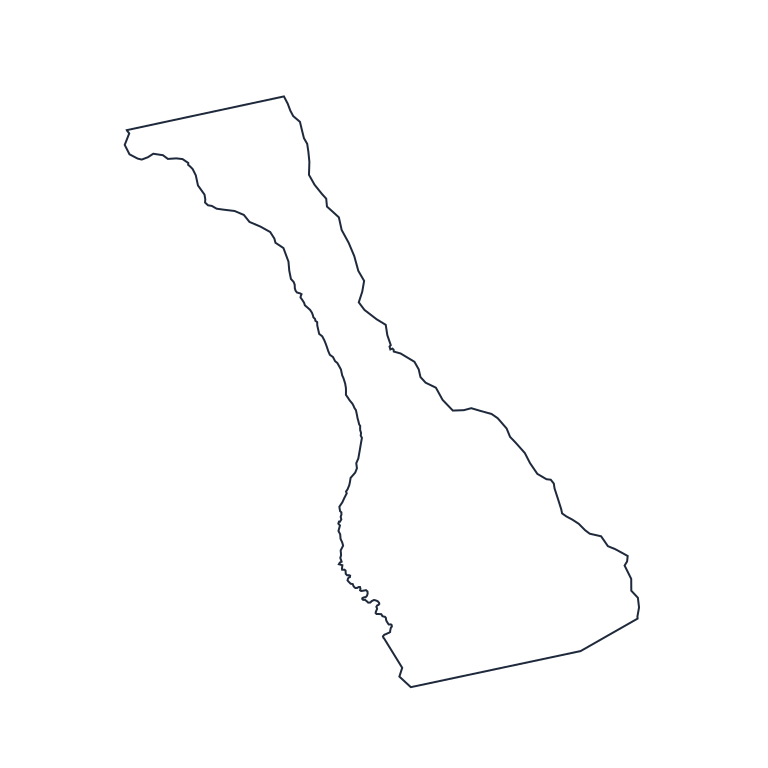 outline of Amador, California, United States of America, rotated 258°
{"feature_id": "52423323B77111199665921", "entity_name": "Amador", "entity_type": "district", "adm_level": 2, "iso_a3": "USA", "parent_name": "United States of America", "parent_adm1": "California", "projection": "equal_earth", "projection_center": [-120.611, 38.464], "detail": "fine", "context": "isolated", "style": "outline", "palette": "slate", "viewbox_px": 768, "rotation_deg": 258, "n_neighbors": 0, "source": "geoboundaries", "source_scale": "gbopen_adm2", "svg_char_len": 3679}
<svg xmlns="http://www.w3.org/2000/svg" viewBox="0 0 768 768"><g transform="rotate(258 384 384)"><path d="M685.8,185.2L685.3,185.3L682.1,186.9L671.8,180.1L661.6,182.8L655.7,189.9L653.9,193.7L654.9,200.2L657.2,206.2L654.7,212.8L653.8,215.3L649.1,219.4L647.9,227.7L645.9,233.7L640.9,238.5L639.1,238.0L637.2,239.5L634.1,241.5L627.2,243.3L616.9,243.3L606.6,247.8L601.9,247.6L598.7,246.7L595.4,249.0L594.0,252.6L590.3,256.7L588.1,262.7L584.3,273.8L578.5,282.1L570.5,286.1L563.7,295.8L556.3,304.3L549.0,307.0L544.7,307.2L537.9,313.9L523.6,316.0L514.6,314.9L506.1,314.8L502.7,316.8L499.8,317.3L496.3,316.7L493.6,316.9L491.6,317.9L490.0,320.9L489.0,322.0L487.5,321.0L486.0,320.3L483.6,321.4L480.1,322.7L477.4,323.0L474.5,325.2L471.9,327.1L468.8,328.3L466.4,328.7L463.9,328.8L461.9,330.1L460.1,330.0L458.5,331.5L455.1,330.9L446.5,331.0L443.5,333.5L439.2,334.7L435.3,335.4L431.5,335.9L427.8,336.3L423.8,337.1L421.0,339.7L416.5,340.9L414.3,342.7L410.5,343.9L407.1,344.9L404.2,344.9L401.1,344.9L398.5,345.5L395.8,345.8L392.4,346.1L387.9,345.9L384.8,345.3L381.3,344.5L378.2,345.8L375.1,347.0L371.3,349.0L368.9,349.7L366.7,350.1L364.2,351.1L361.0,351.1L358.8,351.1L356.2,351.0L353.3,351.2L349.7,351.3L347.9,352.0L346.0,351.5L343.8,351.1L340.9,351.4L338.4,350.5L335.9,351.2L331.0,349.2L323.7,346.3L316.5,343.4L312.3,340.4L307.2,340.0L303.3,337.4L299.1,331.8L295.2,330.3L292.3,329.0L288.6,326.5L286.7,324.5L284.8,324.8L280.9,321.6L277.0,318.7L273.2,314.8L268.8,314.6L267.3,315.6L265.1,315.2L263.1,314.0L260.4,314.1L258.4,312.2L258.7,311.3L256.9,310.3L254.8,311.5L249.7,308.9L246.1,309.9L241.6,309.3L237.6,310.2L234.4,310.4L230.2,307.0L227.5,306.7L225.4,306.4L223.0,305.1L219.0,305.6L218.5,303.7L217.1,302.4L215.4,305.6L212.2,304.5L211.1,304.4L210.7,305.8L210.6,306.7L209.5,307.6L206.3,307.1L204.6,308.1L204.3,310.0L203.6,311.0L202.2,310.5L202.0,309.2L200.8,308.1L199.5,307.5L198.1,308.2L196.9,309.0L195.6,309.8L194.8,311.8L192.8,312.1L191.5,312.7L190.4,313.6L190.1,315.5L190.7,316.8L190.4,318.3L188.5,318.4L187.2,317.7L186.3,318.6L186.2,319.4L186.1,322.1L186.1,323.5L184.5,324.7L182.3,324.4L180.4,323.3L179.2,321.6L179.5,320.6L179.2,318.5L178.4,318.0L177.2,318.7L176.8,320.6L174.8,322.2L173.4,323.1L173.1,325.2L174.2,326.8L174.8,329.3L174.1,330.8L172.9,332.6L171.0,333.7L169.9,333.7L169.0,332.6L168.9,331.4L167.6,330.2L166.8,330.4L165.5,330.5L162.9,328.7L161.7,328.2L160.6,328.9L160.3,330.3L159.4,333.5L157.2,334.2L156.0,336.6L154.8,337.2L153.0,337.0L151.5,337.2L149.6,337.9L147.8,338.6L147.4,340.8L146.6,341.4L145.0,341.2L144.3,340.1L141.5,338.8L140.1,338.4L139.6,337.0L139.5,336.2L138.9,333.7L138.7,332.2L137.4,330.5L135.8,330.7L135.1,331.2L102.6,342.8L94.6,338.2L81.9,347.2L81.9,520.8L101.8,583.3L103.8,583.5L112.4,587.0L122.1,587.9L130.4,582.9L142.0,585.3L156.4,581.6L159.9,584.9L165.1,586.6L169.2,581.9L174.4,575.8L178.8,569.3L189.9,564.7L194.8,554.1L199.3,550.2L206.8,545.4L212.3,539.9L216.6,534.8L220.4,531.3L224.7,531.3L235.0,530.3L246.4,529.1L251.3,529.4L255.7,527.2L257.1,523.1L264.2,515.3L276.2,510.4L287.2,507.4L299.5,500.4L306.1,496.3L315.0,494.7L326.9,488.1L332.3,483.0L337.5,473.0L342.2,464.3L341.8,456.7L343.7,445.8L356.3,438.0L369.6,434.0L376.6,425.0L383.2,421.1L391.1,421.0L399.4,418.4L410.4,406.6L413.7,400.3L415.6,400.5L416.9,399.6L416.5,397.4L419.5,397.2L420.6,398.7L431.1,397.4L441.5,398.0L448.9,390.2L460.5,380.3L469.1,376.3L478.8,381.9L489.0,386.0L500.0,382.4L515.3,381.5L529.4,378.8L543.5,374.6L556.4,374.5L564.2,368.9L569.4,365.1L577.3,366.0L582.8,362.8L593.3,357.5L604.2,354.1L616.8,357.2L626.8,358.3L634.9,358.8L641.1,356.8L649.6,356.5L657.9,356.3L664.9,350.9L670.9,349.2L678.2,348.1L686.1,345.9L685.8,185.2Z" fill="none" stroke="#1e293b" stroke-width="2"/></g></svg>